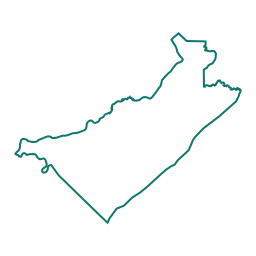 Beruri, Amazonas, Brazil
{"feature_id": "56859067B395012046701", "entity_name": "Beruri", "entity_type": "district", "adm_level": 2, "iso_a3": "BRA", "parent_name": "Brazil", "parent_adm1": "Amazonas", "projection": "mercator", "projection_center": [-61.816, -4.541], "detail": "fine", "context": "isolated", "style": "outline", "palette": "teal", "viewbox_px": 256, "rotation_deg": 0, "n_neighbors": 0, "source": "geoboundaries", "source_scale": "gbopen_adm2", "svg_char_len": 5705}
<svg xmlns="http://www.w3.org/2000/svg" viewBox="0 0 256 256"><path d="M171.5,39.8L172.1,40.6L172.4,41.3L173.2,42.6L174.6,44.6L176.1,47.4L176.9,50.1L177.3,51.8L179.5,55.4L180.5,56.6L181.0,57.1L182.2,58.4L182.5,59.0L182.7,59.4L182.7,59.7L182.5,60.3L182.2,60.8L181.7,61.2L180.5,62.1L179.6,62.4L178.1,62.8L176.4,63.9L175.6,64.7L173.1,67.9L171.9,69.6L171.0,71.0L170.3,71.8L169.0,72.6L165.9,75.8L165.3,76.2L163.6,78.3L162.4,79.6L161.9,80.5L161.4,83.0L160.8,85.3L160.1,86.6L158.2,89.0L155.7,92.7L154.6,94.0L151.8,97.6L151.0,98.2L150.6,98.4L149.7,98.5L149.1,98.4L146.2,97.2L145.3,97.1L144.5,97.1L143.5,97.2L142.5,97.7L141.6,98.2L138.9,100.4L138.1,100.2L137.2,100.4L136.9,100.6L136.3,100.6L134.8,100.5L134.4,100.5L134.3,100.2L133.9,100.1L133.4,100.3L133.0,100.1L133.1,99.7L133.1,99.2L132.8,99.3L132.5,99.5L132.0,99.3L131.7,98.8L131.5,97.8L131.1,97.8L130.7,97.9L130.4,97.9L130.1,97.6L130.1,97.2L129.9,96.9L129.6,97.2L129.4,97.6L128.4,97.7L128.1,97.8L127.4,99.2L127.0,99.3L126.6,99.3L125.8,98.8L125.4,98.7L124.6,98.8L123.7,99.4L123.6,100.2L123.3,100.3L123.0,100.0L122.9,99.6L122.6,99.3L122.2,99.5L121.9,99.9L121.9,100.3L122.3,100.6L122.2,101.0L121.8,101.3L121.5,101.4L120.8,101.5L119.8,101.5L119.1,101.3L118.1,101.3L117.2,101.5L115.0,103.2L114.6,103.7L114.3,103.9L113.7,104.2L113.2,104.2L112.6,104.4L112.2,105.2L112.3,105.5L112.3,105.8L112.3,106.2L112.1,106.4L111.9,106.6L112.0,106.9L112.0,107.3L111.6,107.3L111.4,107.7L111.5,108.2L112.1,109.0L111.7,109.2L111.7,109.5L111.8,109.8L112.0,110.1L111.8,110.6L111.6,111.0L111.1,111.5L111.0,111.9L110.8,112.3L110.4,112.4L109.6,113.4L109.3,113.1L109.1,112.8L108.8,112.9L107.5,113.5L105.7,114.2L104.9,114.8L104.5,115.1L103.9,116.2L103.3,117.0L99.7,118.9L99.4,120.1L99.0,120.9L98.6,121.3L98.3,121.5L97.9,121.8L97.3,122.1L96.1,122.7L95.2,123.0L94.4,122.8L93.4,122.3L92.3,121.1L91.4,120.5L90.4,120.5L89.6,120.7L88.6,121.4L88.0,121.9L87.5,122.5L86.9,123.6L86.7,124.4L86.4,127.3L86.2,128.1L85.7,129.0L85.1,129.7L84.3,130.2L82.8,130.8L82.0,131.2L80.1,131.8L79.3,132.2L77.3,132.8L74.4,133.2L73.6,133.2L72.8,133.3L71.7,133.6L70.6,134.1L68.2,135.0L67.2,135.3L65.4,135.6L64.5,135.7L63.5,135.6L62.6,135.7L56.5,137.7L54.6,137.9L53.4,138.2L52.2,138.0L50.4,136.7L49.6,136.5L48.7,136.4L47.6,136.4L45.6,137.1L42.9,138.2L40.9,139.1L40.1,139.3L39.0,139.8L38.3,140.2L37.8,140.8L36.3,141.7L32.7,142.1L32.1,141.7L31.5,141.8L28.1,141.1L27.1,140.0L24.7,139.0L22.3,139.1L20.9,140.5L20.6,143.0L20.1,143.7L20.0,144.2L19.9,145.3L19.9,148.0L19.0,149.9L18.6,150.6L16.9,151.9L15.4,153.8L16.2,154.5L16.9,154.8L18.5,155.3L18.8,155.7L19.0,156.4L19.4,156.5L20.1,156.6L20.8,156.8L21.1,156.7L21.4,156.1L21.5,155.7L21.6,155.3L21.8,155.0L22.0,154.7L22.1,154.4L22.4,154.0L22.7,153.7L23.3,153.3L24.1,153.2L25.1,153.4L25.5,153.6L25.7,153.9L26.3,154.4L27.0,154.9L27.4,154.9L27.7,154.8L28.0,154.5L28.3,154.5L28.7,154.4L29.0,154.4L29.4,154.4L30.3,154.1L32.4,154.2L33.0,153.8L33.7,154.1L35.4,154.5L35.9,154.8L36.1,155.3L36.9,156.3L37.1,156.6L37.1,156.9L37.3,157.2L38.2,158.1L38.4,158.4L38.7,158.5L38.9,158.8L39.7,158.9L39.8,159.2L40.1,159.3L40.5,159.2L43.3,158.4L44.1,158.6L44.9,159.2L45.4,159.9L46.3,162.4L46.6,164.2L46.6,165.1L46.4,166.0L45.9,166.7L45.2,167.3L43.6,168.2L42.9,168.7L42.3,169.6L42.1,170.4L42.2,171.3L42.7,172.1L43.4,172.5L44.2,172.6L45.2,172.4L46.0,172.0L46.7,171.4L47.3,170.5L47.6,169.7L48.2,166.7L48.7,166.0L49.4,165.5L50.2,165.2L51.3,165.1L58.7,175.4L99.6,215.2L107.5,222.7L109.6,218.2L116.5,208.9L116.9,208.5L123.9,205.7L130.9,198.8L132.3,197.5L136.3,195.0L140.2,192.5L148.7,185.4L161.0,174.1L166.8,169.1L169.3,167.6L170.4,166.7L174.3,164.8L175.1,164.1L177.7,160.3L188.0,150.9L189.0,149.5L192.8,140.5L195.2,136.9L203.5,128.3L208.3,124.6L209.4,123.8L219.8,115.9L220.7,115.0L236.2,101.3L238.6,96.3L239.6,93.4L240.6,91.1L240.3,90.9L240.1,90.6L240.3,90.3L239.9,90.1L239.7,89.8L240.0,89.6L239.7,89.3L239.4,89.0L238.8,89.4L238.5,89.5L238.2,89.3L238.5,88.9L238.4,88.6L237.5,88.0L237.1,88.2L237.0,89.1L236.3,89.9L235.9,89.8L235.6,89.5L235.3,89.0L235.0,89.0L234.5,88.5L234.0,88.4L233.3,89.0L233.0,88.9L232.7,89.2L232.3,89.3L232.1,89.7L231.7,89.7L231.3,89.5L231.0,89.4L231.2,89.2L231.2,88.8L230.9,87.9L230.7,87.7L230.4,87.6L229.7,87.4L229.3,87.5L229.1,87.2L228.6,85.9L228.4,85.6L228.1,85.5L227.0,85.3L226.4,86.2L225.9,85.9L225.3,85.8L224.9,85.9L224.7,86.1L224.3,86.0L224.0,85.6L223.6,85.4L223.7,85.1L224.0,84.9L224.2,84.7L224.3,83.9L224.1,83.2L223.7,83.0L223.4,82.6L223.0,82.5L222.7,82.6L222.0,82.7L221.5,82.6L221.4,82.9L221.1,82.7L221.0,82.4L220.8,82.0L220.5,81.7L220.2,81.6L220.0,81.0L219.7,81.0L219.8,80.7L219.5,80.7L219.1,80.4L218.0,80.8L217.8,81.3L217.5,81.5L217.3,81.9L217.3,82.4L216.7,82.8L216.2,83.5L215.8,84.7L215.4,84.9L215.2,85.3L214.9,85.6L214.5,85.5L213.7,84.9L213.2,84.6L212.7,84.8L212.5,85.2L212.2,85.3L211.8,85.3L211.6,85.4L211.2,85.5L211.1,86.1L210.7,86.1L209.7,86.1L209.5,85.9L209.0,86.0L208.0,85.6L207.6,85.6L207.0,85.3L206.6,85.3L206.2,85.2L205.1,85.5L204.9,85.7L204.2,86.3L204.4,86.6L204.0,86.6L203.9,79.4L203.8,72.1L203.9,69.7L204.4,69.1L205.2,68.7L206.0,68.4L206.7,68.0L207.2,67.3L207.5,66.6L208.1,65.9L209.4,64.7L210.1,64.3L210.9,64.1L211.7,63.8L212.4,63.3L213.0,62.7L214.0,61.2L214.5,60.6L215.2,59.2L215.5,58.4L215.6,57.6L215.7,56.7L215.7,55.9L215.8,54.7L216.1,53.9L214.3,51.1L213.5,51.1L212.7,51.1L211.8,50.9L211.0,51.2L209.5,51.3L209.1,51.2L208.6,51.1L208.0,51.0L207.6,50.7L207.4,50.4L207.0,50.4L206.5,50.6L206.0,50.6L205.6,50.6L205.1,50.0L205.2,49.7L205.8,49.4L205.6,49.0L205.6,48.5L206.0,48.4L206.4,48.2L206.4,47.9L206.2,47.7L206.2,47.2L205.6,46.7L204.3,46.8L204.3,46.5L204.4,45.8L205.1,45.3L205.5,44.7L205.7,44.2L205.7,43.6L205.7,42.7L205.6,41.5L205.3,41.4L186.6,41.0L178.5,33.3L174.4,36.8L172.8,38.2L171.7,39.5L171.5,39.8Z" fill="none" stroke="#0f766e" stroke-width="2"/></svg>